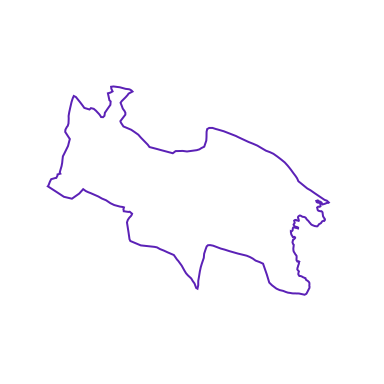 Riyad, Kafr ash Shaykh, Egypt, rotated 124°
{"feature_id": "37247803B2291437615199", "entity_name": "Riyad", "entity_type": "district", "adm_level": 2, "iso_a3": "EGY", "parent_name": "Egypt", "parent_adm1": "Kafr ash Shaykh", "projection": "natural_earth1", "projection_center": [30.914, 31.32], "detail": "fine", "context": "isolated", "style": "outline", "palette": "violet", "viewbox_px": 384, "rotation_deg": 124, "n_neighbors": 0, "source": "geoboundaries", "source_scale": "gbopen_adm2", "svg_char_len": 4854}
<svg xmlns="http://www.w3.org/2000/svg" viewBox="0 0 384 384"><g transform="rotate(124 192 192)"><path d="M224.3,64.5L223.0,61.1L222.4,58.3L221.8,56.2L220.8,54.2L219.9,52.1L217.9,49.0L216.3,46.5L214.2,41.2L212.5,40.3L211.8,40.3L209.2,40.6L206.9,40.9L206.2,40.9L204.9,41.5L204.3,42.2L203.6,42.6L202.6,43.2L201.7,43.9L201.3,44.6L201.0,46.0L201.0,47.0L201.0,47.7L201.0,48.4L200.0,49.8L200.3,50.4L200.3,51.1L200.6,52.5L200.6,53.5L200.9,54.9L201.6,56.0L200.9,57.7L199.9,58.4L198.9,58.7L198.0,59.0L197.9,59.7L197.6,60.7L197.3,61.4L196.0,62.1L194.7,62.4L193.7,62.8L192.4,63.1L192.1,63.2L191.4,63.4L190.4,64.1L189.8,64.1L189.8,64.8L190.1,65.5L190.7,65.8L190.1,67.2L189.1,67.9L187.4,68.9L186.5,69.6L186.1,70.6L185.8,71.6L185.1,73.0L184.5,74.4L183.5,75.4L182.2,76.4L180.2,77.4L178.9,78.1L178.6,79.1L177.6,80.5L176.3,81.1L175.9,81.1L175.0,81.5L174.3,81.1L172.7,80.8L172.4,80.8L172.0,81.1L172.0,82.1L172.7,82.8L173.0,83.2L172.3,84.5L172.0,85.2L171.7,85.9L171.0,86.6L170.0,87.6L169.4,88.0L169.4,87.6L168.1,87.2L167.4,87.2L166.8,87.6L165.4,88.2L164.8,88.2L164.2,87.5L163.8,86.2L163.5,85.5L163.2,85.1L163.2,84.4L162.9,83.7L162.2,84.1L162.2,84.8L162.5,85.8L163.2,87.5L162.8,88.2L162.5,89.2L162.2,89.6L161.2,89.6L160.2,89.6L159.2,90.6L158.6,91.3L157.6,90.9L157.0,90.2L157.0,89.2L156.6,88.5L156.3,87.4L156.0,87.4L155.3,88.1L154.7,88.8L154.0,89.8L153.0,90.2L151.7,89.8L151.1,89.4L150.8,88.1L150.8,86.7L150.5,86.0L150.1,85.3L149.8,84.3L149.8,83.2L150.2,82.5L150.8,80.5L150.8,79.8L151.2,78.4L151.5,77.7L151.8,76.4L152.2,75.3L152.2,74.0L151.9,72.6L151.6,71.2L150.9,69.8L150.6,69.1L149.9,68.8L149.0,68.7L148.6,68.7L147.7,68.7L146.4,68.0L145.7,67.7L144.4,67.7L143.4,67.6L142.5,66.9L141.8,66.6L141.8,66.2L140.8,66.2L140.2,66.6L139.5,68.3L138.9,69.7L137.5,71.0L135.9,72.4L135.8,72.6L135.6,73.1L135.6,73.4L135.6,74.1L136.2,74.8L136.5,75.8L136.8,76.5L136.8,77.2L136.5,77.9L135.5,78.9L134.9,79.6L133.6,79.2L133.2,78.5L132.9,77.9L131.9,77.5L131.0,78.2L129.6,79.5L129.6,80.2L130.3,81.3L130.6,82.3L130.6,83.0L129.9,84.0L128.6,83.0L128.7,81.6L128.3,80.2L128.3,79.2L128.4,78.5L129.0,77.8L129.3,76.8L128.0,75.7L127.1,75.0L125.5,74.0L124.8,72.9L124.2,72.7L123.8,75.3L124.4,77.7L124.4,84.6L124.4,89.5L124.3,94.6L124.6,98.4L123.6,109.8L121.9,112.5L120.9,114.9L119.6,118.7L118.2,122.5L117.2,125.6L116.6,127.6L115.6,131.7L115.2,136.2L114.9,141.0L114.8,145.9L115.4,149.7L116.4,153.8L116.7,158.6L117.0,163.8L117.9,168.6L118.9,173.1L120.7,184.5L121.0,186.9L123.9,199.7L125.9,205.9L126.4,207.3L127.4,210.8L129.3,213.6L129.8,213.8L131.3,214.6L133.9,213.6L138.5,210.6L141.4,208.9L147.6,207.2L150.2,208.7L152.5,209.7L154.7,211.5L161.2,218.8L163.1,222.6L167.3,228.5L169.2,229.1L170.6,229.6L174.9,242.0L175.7,244.4L178.5,252.4L177.5,255.2L175.5,264.8L175.4,265.2L174.5,268.6L174.4,273.7L174.4,277.2L176.0,285.5L174.3,289.6L173.6,290.7L173.3,291.0L171.7,290.9L165.2,290.5L163.6,291.5L162.6,293.2L161.6,296.0L160.2,297.9L158.0,301.1L156.0,301.1L150.5,300.0L147.6,299.6L145.9,299.6L144.6,298.9L143.3,298.2L142.0,297.5L141.8,298.3L141.7,298.8L141.7,300.2L142.0,301.6L143.6,304.7L145.5,310.3L148.4,316.1L150.0,317.9L150.9,317.1L151.5,316.6L153.0,314.1L155.2,315.2L157.2,316.9L162.1,311.8L162.4,310.1L165.4,308.4L170.9,308.5L174.5,308.5L174.8,308.6L177.8,307.2L179.7,307.6L180.7,309.3L180.0,310.7L179.4,312.4L178.3,317.2L178.0,320.0L179.0,322.7L180.9,323.1L182.5,328.3L181.5,331.0L180.2,334.8L178.2,341.3L178.5,343.7L179.7,343.5L180.4,343.4L182.4,342.9L185.0,342.1L190.2,340.1L194.5,338.4L198.0,336.8L199.9,335.4L201.0,334.7L204.3,332.7L205.7,332.3L206.5,332.0L208.2,332.1L211.1,331.8L213.1,330.7L215.4,325.3L216.4,322.9L219.3,321.9L223.2,320.5L232.0,319.3L234.6,319.0L237.9,317.3L240.5,315.9L241.9,315.3L243.5,314.6L246.7,313.6L249.7,312.6L250.4,311.4L252.6,313.3L253.6,312.7L256.2,312.4L256.8,313.1L260.1,315.9L262.7,315.6L267.2,314.6L267.9,314.7L267.7,303.8L267.6,295.5L264.7,287.8L256.3,284.6L250.5,283.8L250.5,283.7L250.6,280.6L250.3,278.5L250.0,277.1L249.6,275.4L248.1,267.1L247.8,263.0L247.1,259.6L246.9,258.5L246.9,253.3L246.3,249.2L246.1,248.6L244.4,243.6L243.1,240.9L242.8,239.8L243.8,239.5L244.7,239.2L245.7,238.1L246.1,237.8L244.1,233.6L243.2,232.6L243.5,229.5L244.8,229.2L246.1,229.2L248.4,229.6L251.0,229.6L253.6,228.9L260.8,222.2L266.1,217.4L267.1,215.7L264.9,204.6L258.5,192.5L257.5,190.1L257.2,186.6L256.3,182.5L255.7,178.7L254.4,171.8L256.4,166.6L256.8,164.9L258.8,159.4L261.4,154.3L262.7,151.5L263.4,148.8L264.1,144.3L265.4,141.6L266.4,138.8L269.2,134.9L269.1,133.4L265.8,134.7L262.2,137.1L258.6,138.7L253.4,141.1L249.4,142.7L246.2,143.7L240.0,145.4L236.4,147.4L231.8,148.7L228.9,149.4L227.2,149.0L225.9,147.3L224.7,144.5L223.7,140.3L222.8,136.5L221.5,132.7L220.2,128.2L217.4,119.6L214.9,112.9L214.2,110.9L213.5,107.5L213.2,104.4L213.3,101.5L213.3,100.9L212.3,96.8L211.7,93.0L218.6,83.8L223.9,77.3L224.6,73.5L224.9,68.0L224.3,64.5Z" fill="none" stroke="#5b21b6" stroke-width="2"/></g></svg>